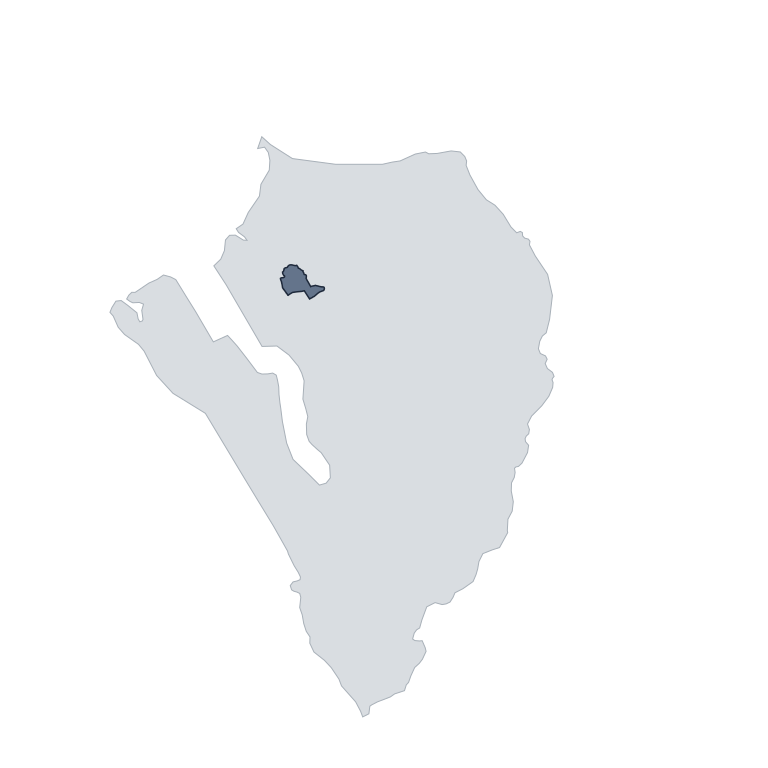 location of Guinguineo, Kaolack, Senegal, rotated 59°
{"feature_id": "50182788B97054679922117", "entity_name": "Guinguineo", "entity_type": "district", "adm_level": 2, "iso_a3": "SEN", "parent_name": "Senegal", "parent_adm1": "Kaolack", "projection": "albers", "projection_center": [-15.881, 14.303], "detail": "fine", "context": "in_parent", "style": "filled", "palette": "slate", "viewbox_px": 768, "rotation_deg": 59, "n_neighbors": 0, "source": "geoboundaries", "source_scale": "gbopen_adm2", "svg_char_len": 7252}
<svg xmlns="http://www.w3.org/2000/svg" viewBox="0 0 768 768"><g transform="rotate(59 384 384)"><path d="M575.1,354.5L583.7,369.2L582.0,376.3L580.3,386.6L585.1,394.1L590.7,398.9L594.8,403.3L599.2,409.4L600.1,421.8L599.5,430.7L602.4,434.7L604.9,439.7L604.5,444.0L603.0,447.8L597.7,452.8L597.0,462.1L605.8,473.1L611.5,479.1L611.5,482.6L613.1,486.4L617.3,490.8L619.8,489.7L622.5,486.0L623.7,483.5L631.2,484.5L634.8,485.6L639.7,492.8L641.6,497.6L642.8,503.7L648.0,511.3L652.4,516.6L653.4,519.9L657.4,524.4L655.1,534.5L655.5,539.7L653.1,553.3L652.7,559.7L652.9,562.1L658.9,566.8L658.4,573.7L652.4,572.6L641.9,572.0L620.9,575.9L613.7,574.6L599.9,575.3L590.1,577.4L577.7,582.1L568.0,581.1L562.7,577.7L555.9,578.0L548.1,576.2L539.8,573.0L532.2,571.4L524.0,565.2L520.1,564.1L517.5,565.8L515.3,567.9L512.9,569.2L508.5,568.2L506.8,563.9L508.1,559.8L508.5,556.7L506.4,555.0L501.4,554.5L493.4,554.6L480.4,553.5L477.5,552.7L448.5,551.9L418.4,552.1L393.0,552.2L360.9,552.2L338.3,552.2L317.2,552.2L300.9,560.6L283.3,569.7L259.6,574.5L232.3,572.7L223.6,574.0L214.5,578.0L207.9,580.9L198.5,582.6L186.3,581.1L181.4,582.0L178.3,577.8L174.9,571.1L177.1,566.3L184.5,563.2L195.7,559.1L201.5,561.2L204.9,561.3L205.5,558.7L204.5,557.3L196.1,553.7L191.7,549.0L188.1,551.7L185.0,557.5L182.4,559.2L178.6,560.8L176.4,556.9L175.5,553.0L177.3,550.1L176.4,533.5L177.5,524.6L177.0,516.9L182.3,511.8L187.3,508.7L206.7,508.5L224.8,508.2L242.3,508.4L260.0,508.6L261.8,493.1L267.4,491.9L275.8,490.3L291.5,488.4L308.9,486.6L312.6,483.5L315.5,478.4L317.3,473.8L320.9,471.8L325.8,473.3L332.2,475.7L338.9,479.4L346.5,482.9L351.6,485.0L363.8,490.4L384.6,497.9L401.8,500.8L422.5,495.1L437.4,491.4L439.2,484.7L436.8,478.3L425.6,472.4L410.5,473.2L405.9,474.8L398.8,476.9L394.6,477.7L387.5,476.3L378.4,471.2L372.7,466.1L364.7,463.7L355.2,461.3L340.1,450.8L332.2,448.9L324.7,448.3L310.3,450.5L296.3,456.2L289.0,469.2L274.9,469.0L245.1,468.6L217.7,468.2L195.1,469.0L192.9,459.6L187.5,452.1L178.9,445.7L177.0,439.8L179.9,434.7L188.3,430.4L190.3,427.4L185.9,427.8L179.2,430.6L174.8,430.7L174.3,422.5L167.0,411.9L158.8,394.0L149.4,386.6L141.6,372.2L133.5,366.6L125.9,363.9L119.5,364.4L117.1,371.0L109.1,361.4L120.1,358.1L143.6,346.4L170.7,312.4L194.9,272.1L198.1,262.5L201.1,255.3L203.0,238.8L206.5,229.0L209.7,227.1L213.8,219.6L218.8,206.4L224.4,199.1L230.6,197.6L235.4,198.3L238.9,201.0L249.0,202.7L265.8,203.3L278.8,201.4L287.9,196.8L299.9,194.4L314.8,194.3L322.7,192.4L323.4,188.6L325.4,187.4L328.5,188.9L331.4,188.3L334.2,185.6L336.9,185.4L339.6,187.7L352.1,188.4L374.3,187.3L394.9,194.1L413.9,208.8L423.7,218.6L424.4,223.5L427.6,228.5L433.3,233.5L438.4,234.3L443.1,231.1L446.8,231.4L449.5,235.3L454.9,236.0L460.8,233.6L465.1,234.3L465.9,236.6L466.9,237.8L469.8,238.3L473.8,241.2L479.4,249.0L483.9,259.9L487.5,274.0L492.2,281.6L497.9,282.8L501.2,285.6L501.9,288.9L503.5,291.2L506.3,292.4L511.0,291.6L516.7,296.3L522.9,306.5L523.9,311.2L523.0,313.7L523.4,315.5L527.4,317.2L531.2,320.5L534.4,325.6L541.2,330.0L551.5,333.8L559.0,339.6L563.7,347.4L573.2,353.8L575.1,354.5Z" fill="#d9dde1" stroke="#a8b0b8" stroke-width="1"/><path d="M272.8,404.0L272.8,403.9L272.8,403.7L272.7,403.4L272.8,403.3L272.8,403.0L272.8,402.7L272.8,402.3L272.8,402.1L272.9,401.9L272.9,401.7L272.9,401.4L272.9,401.2L272.9,400.7L272.8,400.4L272.8,400.1L272.9,399.7L272.9,399.4L272.9,399.2L272.9,398.9L273.0,398.7L272.9,398.4L272.9,398.1L272.8,397.8L272.7,397.4L272.7,397.1L272.7,396.8L272.6,396.5L272.5,396.3L272.5,395.9L272.5,395.6L272.4,395.3L272.3,394.9L272.2,394.6L272.2,394.2L272.2,393.9L272.1,393.6L272.1,393.4L272.1,393.1L272.1,392.8L272.1,392.5L272.0,392.3L272.0,392.0L272.0,391.7L272.1,391.1L272.2,390.7L272.3,390.3L272.3,390.2L272.3,389.8L272.4,389.6L272.4,389.3L272.5,389.0L272.6,388.7L272.6,388.4L272.7,388.2L272.7,387.9L272.7,387.4L272.5,387.1L272.4,386.9L272.3,386.7L272.1,386.6L271.9,386.4L271.8,386.2L271.6,386.0L271.4,385.9L271.1,385.8L270.8,385.7L270.6,385.6L270.4,385.6L270.2,385.6L269.9,385.7L269.7,385.9L269.5,386.1L269.3,386.3L269.2,386.5L269.0,386.8L268.8,387.0L268.7,387.2L268.6,387.5L268.4,387.7L268.2,387.9L268.0,388.1L267.9,388.2L267.7,388.5L267.2,389.0L266.8,389.4L266.6,389.6L266.4,389.7L266.2,390.0L265.9,390.2L265.6,390.5L265.4,390.8L265.1,391.1L264.8,391.4L264.6,391.6L264.3,391.8L264.1,392.0L264.0,392.3L264.0,392.6L264.0,392.8L263.8,393.1L263.7,393.5L263.5,394.0L263.4,394.4L263.2,394.8L263.1,395.2L263.0,395.5L262.9,395.8L262.9,396.0L262.8,396.7L262.3,396.6L261.9,396.6L261.4,396.7L261.0,396.6L260.7,396.6L260.3,396.6L259.9,396.6L259.6,396.6L259.0,396.5L258.6,396.6L258.3,396.6L258.1,396.5L257.6,396.5L256.9,396.5L256.5,396.6L256.1,396.5L255.8,396.5L255.6,396.5L255.2,396.5L254.7,396.5L254.4,396.4L254.1,396.4L253.8,396.4L253.7,396.4L253.4,396.4L253.0,396.1L252.8,395.9L252.6,395.7L252.3,395.5L252.2,395.4L251.9,395.2L251.7,395.1L251.5,394.9L251.2,394.8L250.8,394.7L250.5,394.8L250.3,394.8L250.0,394.9L249.8,395.1L249.6,395.3L249.5,395.5L249.1,395.9L249.0,396.0L248.9,396.0L247.8,395.7L247.6,395.6L247.3,395.6L246.8,395.6L246.5,395.6L245.9,395.5L245.6,395.5L245.4,395.1L245.0,395.3L244.4,395.7L244.0,396.0L243.6,396.2L243.4,396.3L242.5,396.6L241.9,396.8L241.6,396.9L240.6,397.8L239.9,397.6L239.6,397.6L238.9,397.5L238.4,397.6L238.1,397.6L237.6,397.7L237.3,397.7L237.2,398.2L236.8,399.2L236.1,399.9L235.4,400.7L234.8,401.2L234.1,402.1L233.7,402.8L233.5,403.2L233.3,404.0L233.4,405.1L233.7,405.9L233.8,406.0L234.2,406.8L234.1,407.2L233.9,408.0L233.6,408.7L233.6,409.1L233.6,409.5L233.6,409.8L233.7,410.0L233.8,410.3L234.0,410.3L234.4,410.6L234.5,411.0L234.9,411.4L235.2,411.5L235.5,412.0L235.7,412.4L235.8,413.0L235.8,413.3L236.4,413.6L236.6,413.7L237.1,413.9L237.7,414.0L238.5,414.0L239.3,414.0L240.3,413.8L240.3,413.7L240.6,413.8L240.9,414.0L241.0,414.3L241.1,414.6L241.1,415.0L241.0,415.5L240.9,415.7L240.8,415.9L240.5,416.5L240.3,417.0L240.1,417.3L240.1,417.5L240.1,418.0L240.1,418.3L240.3,418.5L240.6,418.6L241.2,418.8L241.3,418.8L241.9,418.9L242.1,419.0L242.8,419.1L243.3,419.1L243.7,419.3L244.2,419.4L244.7,419.7L245.2,419.8L245.3,419.8L247.2,420.5L247.7,420.7L247.9,420.8L248.1,420.9L248.4,421.0L248.6,421.1L248.9,421.2L249.1,421.3L249.4,421.4L249.8,421.3L250.2,421.3L250.5,421.2L250.9,421.3L250.9,421.2L251.1,421.2L251.4,421.1L251.8,421.1L252.1,421.1L252.5,421.1L252.9,421.0L253.3,421.0L253.7,421.0L254.1,421.0L254.4,420.9L254.7,420.9L255.1,420.8L255.4,420.9L255.6,420.8L256.0,420.9L256.5,420.7L256.8,420.7L257.1,420.6L257.4,420.7L257.6,420.7L257.8,420.6L258.1,420.6L258.3,420.7L258.6,420.5L258.6,420.3L258.5,420.0L258.5,419.6L258.5,419.4L258.4,419.0L258.4,418.7L258.4,418.2L258.4,417.8L258.4,417.4L258.4,417.1L258.4,416.8L258.4,416.4L258.4,416.2L258.4,415.9L258.4,415.6L258.4,415.4L258.4,415.2L258.5,415.0L258.6,414.7L258.8,414.3L259.0,414.0L259.0,413.7L259.1,413.4L259.3,413.2L259.4,412.9L259.5,412.6L259.6,412.3L259.8,412.0L259.9,411.7L260.0,411.4L260.1,411.1L260.3,410.8L260.4,410.6L260.5,410.3L260.7,409.9L260.8,409.8L260.9,409.5L261.1,409.2L261.2,408.9L261.3,408.7L261.5,408.3L261.6,408.0L261.8,407.8L261.8,407.6L261.9,407.4L262.0,407.3L262.1,407.1L262.2,406.9L262.3,406.5L262.4,406.3L262.5,406.0L262.5,405.8L262.6,405.5L262.8,405.2L262.8,404.9L263.0,404.6L262.9,404.5L262.9,404.4L263.0,404.3L272.7,404.0L272.8,404.0Z" fill="#64748b" stroke="#1e293b" stroke-width="1.5"/></g></svg>